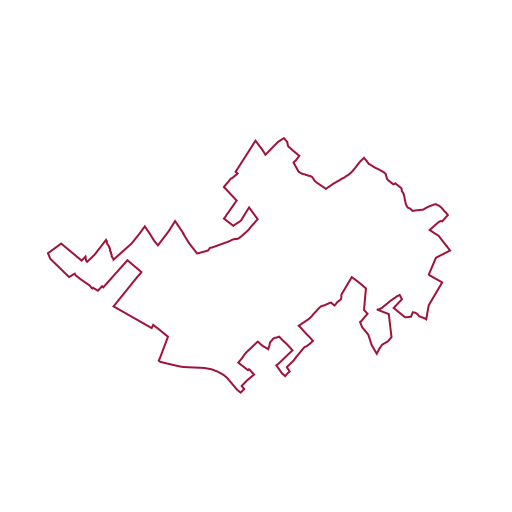 Dzitás, Yucatán, Mexico, rotated 32°
{"feature_id": "50627088B32826565100822", "entity_name": "Dzitás", "entity_type": "district", "adm_level": 2, "iso_a3": "MEX", "parent_name": "Mexico", "parent_adm1": "Yucatán", "projection": "orthographic", "projection_center": [-88.529, 20.833], "detail": "fine", "context": "isolated", "style": "outline", "palette": "rose", "viewbox_px": 512, "rotation_deg": 32, "n_neighbors": 0, "source": "geoboundaries", "source_scale": "gbopen_adm2", "svg_char_len": 6161}
<svg xmlns="http://www.w3.org/2000/svg" viewBox="0 0 512 512"><g transform="rotate(32 256 256)"><path d="M84.2,348.7L78.1,363.9L83.1,367.4L108.6,372.9L109.2,371.8L110.1,370.1L110.5,369.1L111.0,368.2L111.6,367.1L112.0,367.5L112.6,367.7L114.2,368.1L120.2,368.7L130.0,369.1L131.6,369.4L132.2,369.7L133.0,370.1L134.4,370.3L134.6,369.3L140.3,369.2L141.5,363.2L143.1,363.5L149.2,327.7L167.3,330.4L167.3,331.9L166.5,336.2L161.9,374.2L205.7,372.4L205.3,368.9L212.1,369.6L224.1,371.1L228.5,392.8L228.9,395.5L229.0,396.3L230.9,396.5L231.5,396.3L235.2,395.1L242.9,392.5L248.0,390.7L250.2,389.9L251.1,389.6L253.2,388.6L257.6,386.2L266.2,381.3L271.6,378.3L278.1,375.7L284.8,374.4L289.2,374.1L291.8,374.1L295.9,374.6L311.0,379.5L315.4,380.0L316.5,375.1L312.7,373.8L314.3,366.2L317.2,357.6L310.9,355.8L310.0,355.8L309.7,357.1L297.5,355.8L298.3,350.1L298.4,346.3L299.0,342.3L302.8,327.8L304.3,327.8L305.4,328.1L306.4,328.3L307.5,328.5L309.6,328.7L310.7,328.7L313.4,328.5L315.7,328.6L314.9,325.0L314.6,324.3L314.4,323.6L314.1,323.0L313.8,322.2L313.7,321.4L313.9,320.5L314.2,318.9L314.3,317.7L314.4,317.1L315.0,315.9L316.7,314.2L317.9,312.7L318.4,312.1L322.8,313.3L328.4,314.3L331.4,315.1L336.9,316.6L333.0,332.2L332.2,335.3L331.2,337.9L333.3,338.9L335.9,339.9L340.1,341.7L341.5,341.9L344.4,342.4L344.9,338.8L345.8,336.1L341.0,333.9L343.3,324.8L343.6,320.7L345.3,307.9L345.7,307.1L346.6,305.9L347.8,303.0L348.4,301.1L348.9,299.1L349.3,297.8L344.1,296.3L340.8,295.6L334.5,293.9L331.3,292.9L329.2,292.5L330.1,290.6L330.3,289.8L331.9,286.5L332.1,286.0L332.6,285.0L332.8,284.3L333.2,283.7L334.3,281.0L334.5,280.2L334.7,279.3L334.9,278.8L335.2,277.3L335.3,276.3L335.5,274.7L336.1,271.8L336.4,270.3L336.9,267.5L337.6,264.8L338.1,263.8L339.6,262.1L340.0,261.8L341.1,260.3L341.4,259.7L341.6,259.2L342.3,258.5L342.8,257.6L343.2,256.7L344.0,256.2L344.3,255.8L345.2,255.9L347.9,256.3L348.9,256.3L349.0,255.2L349.2,253.9L349.4,252.1L349.9,250.4L350.4,249.5L350.9,248.1L350.6,246.4L349.1,243.9L348.9,243.4L348.4,223.2L355.4,223.7L361.1,224.4L366.4,225.2L369.4,231.2L376.2,244.5L381.2,245.9L380.4,250.7L380.0,253.8L379.9,255.3L379.2,256.8L383.8,260.2L392.9,263.2L401.4,270.3L410.2,274.9L409.9,271.4L409.7,268.6L410.0,264.3L413.1,258.5L413.9,253.0L399.4,234.9L386.8,237.3L388.4,236.4L388.8,235.6L389.6,234.5L390.3,233.1L390.7,232.0L391.0,230.8L391.4,229.8L391.8,228.9L392.1,227.8L392.5,226.8L393.1,224.9L393.4,223.9L394.1,222.0L394.4,221.3L394.8,220.3L395.7,218.4L396.3,217.0L396.7,215.8L397.5,214.6L398.1,213.6L398.5,212.9L400.0,213.7L400.9,214.3L401.4,214.6L402.7,215.3L400.3,227.1L415.0,229.0L419.6,225.4L418.8,220.6L420.0,220.1L420.8,219.8L422.0,219.7L422.8,219.7L424.4,219.9L426.1,220.7L431.5,219.6L432.5,219.5L433.9,219.5L428.6,206.2L427.9,179.7L413.5,180.4L412.4,180.1L409.5,162.2L417.7,148.5L412.7,146.7L412.4,146.4L412.0,146.5L400.2,142.1L395.5,142.1L389.5,141.9L393.0,130.0L394.3,128.3L395.6,127.9L397.0,119.6L396.4,119.4L396.2,119.2L395.4,119.1L394.9,118.8L393.4,118.3L392.3,118.3L389.9,117.4L387.4,116.7L384.8,116.4L381.3,116.8L381.0,116.7L380.1,117.6L377.8,120.5L376.7,121.9L376.1,122.9L374.2,126.0L374.0,126.5L373.3,128.0L371.8,129.2L371.1,129.7L370.7,130.1L370.0,130.6L368.1,132.1L364.8,134.8L362.4,134.3L361.0,134.2L359.6,134.5L358.8,134.4L357.0,133.5L355.7,132.6L354.2,131.2L351.8,128.8L351.4,128.3L350.9,127.6L350.3,127.0L349.3,126.1L348.4,125.2L347.8,124.8L347.1,124.4L346.4,124.2L345.4,123.7L345.0,123.3L344.6,122.7L343.9,121.9L343.3,121.6L342.3,121.3L337.9,120.9L337.1,120.8L335.7,120.5L335.4,121.0L335.2,121.7L334.3,122.5L333.5,122.3L332.8,122.3L330.6,122.0L328.4,121.7L326.8,121.4L326.1,121.1L325.3,120.3L324.9,119.9L324.1,119.3L322.8,117.9L322.3,117.6L320.7,117.4L320.1,117.2L316.8,117.4L314.4,117.5L311.2,117.9L310.3,118.0L308.7,118.1L307.1,118.0L305.3,118.0L304.4,117.9L303.2,118.2L301.6,117.6L301.0,117.4L300.5,117.3L300.0,117.0L299.5,116.7L298.2,116.4L295.6,115.5L295.0,117.9L294.6,119.4L294.2,121.0L293.7,125.2L293.6,126.3L293.6,127.3L293.3,129.7L293.1,130.6L292.9,132.6L292.4,135.0L292.1,135.9L291.3,138.5L290.2,140.4L289.4,142.5L288.7,143.7L288.2,144.3L287.5,145.6L286.9,147.0L286.1,148.6L285.4,149.6L284.9,150.6L284.1,152.2L283.6,153.2L283.2,153.6L283.0,154.4L279.7,162.0L269.7,161.6L268.9,161.6L267.3,161.4L265.9,161.2L264.8,160.7L264.1,160.2L263.1,159.8L261.3,159.2L260.7,159.4L259.4,159.4L258.8,159.8L257.8,160.2L257.2,160.2L256.0,160.5L255.0,160.9L254.5,160.8L253.8,161.0L252.8,161.4L251.1,161.9L249.0,162.0L248.1,161.9L247.3,161.9L238.3,156.8L238.7,155.3L239.1,153.8L239.6,148.9L239.6,148.1L238.2,147.9L235.2,147.5L234.5,147.4L233.4,147.3L229.0,146.6L228.3,146.3L226.8,146.2L225.7,146.1L224.6,145.5L223.1,143.9L222.0,142.7L219.9,142.1L218.7,141.6L217.2,141.3L215.7,144.3L214.2,147.6L210.3,165.1L205.9,162.9L194.5,158.5L194.1,195.4L196.7,195.8L195.8,198.7L194.8,201.8L194.4,202.7L193.9,203.4L193.6,203.9L193.4,205.3L193.4,206.2L193.3,207.2L193.0,208.8L192.6,211.3L192.2,214.5L210.2,219.2L209.5,233.0L209.3,235.4L209.2,236.6L209.3,237.6L209.3,238.9L209.2,239.5L209.0,241.3L220.8,242.4L221.4,240.7L222.4,238.6L224.2,234.7L224.5,233.4L224.4,230.4L224.4,229.4L224.4,228.7L224.5,227.7L224.4,225.8L224.4,218.5L237.9,223.9L237.8,224.6L237.5,226.2L237.3,227.0L237.3,227.9L237.0,229.8L236.8,230.5L236.8,231.0L236.6,231.7L236.3,232.9L236.2,234.1L235.9,237.0L235.6,238.6L234.9,241.1L234.7,241.6L234.4,242.9L234.2,243.5L233.0,247.5L232.7,248.2L232.4,249.1L231.9,250.1L231.4,251.0L230.8,251.7L230.0,252.2L229.3,252.6L227.4,254.5L227.0,255.2L226.0,257.0L225.5,257.6L225.1,258.2L223.9,259.8L222.6,261.4L214.4,271.9L213.2,273.0L212.7,273.5L212.4,276.8L204.8,285.1L192.4,280.6L182.2,275.5L182.3,275.2L168.9,269.3L168.8,281.4L167.2,298.9L161.9,297.2L154.1,293.4L146.0,289.8L145.4,298.5L143.9,311.3L137.1,334.6L136.7,334.1L136.4,333.9L135.3,333.5L134.8,333.2L134.3,333.1L133.8,332.8L133.4,332.3L133.0,331.4L132.1,331.0L131.6,330.5L131.3,329.8L130.7,329.7L130.2,329.2L129.6,329.0L129.3,328.8L128.9,327.8L127.9,326.8L127.2,326.7L126.4,325.8L125.4,325.4L124.7,325.0L124.0,324.9L123.2,324.2L121.9,323.3L121.6,323.0L121.7,322.5L120.3,321.8L118.4,340.7L115.8,350.5L114.6,350.1L113.8,349.3L111.7,346.9L110.6,352.3L84.2,348.7Z" fill="none" stroke="#9f1239" stroke-width="2"/></g></svg>